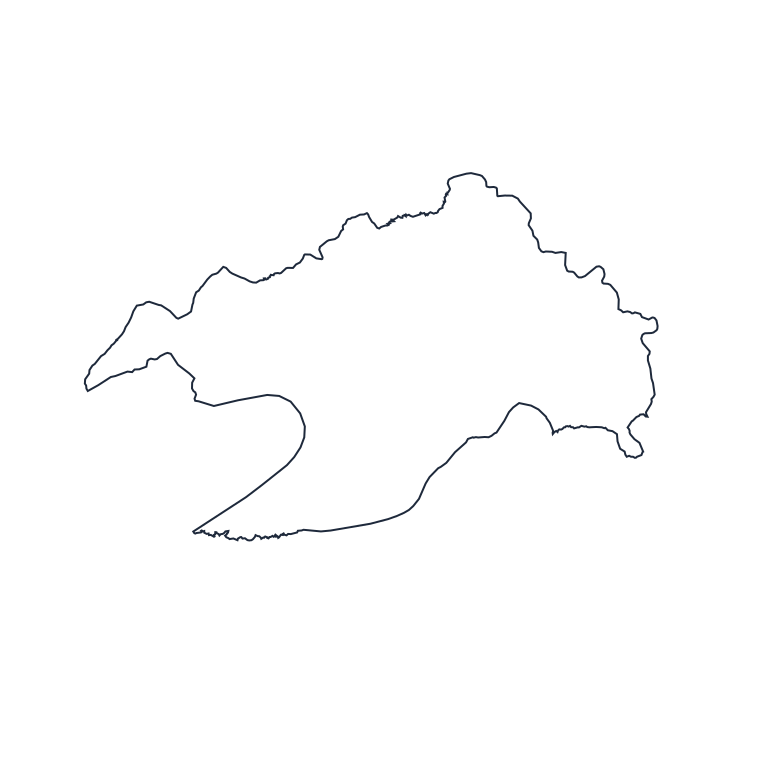 outline of Kasy, Vientiane, Laos, rotated 33°
{"feature_id": "54806243B33776683357165", "entity_name": "Kasy", "entity_type": "district", "adm_level": 2, "iso_a3": "LAO", "parent_name": "Laos", "parent_adm1": "Vientiane", "projection": "mercator", "projection_center": [102.146, 19.097], "detail": "fine", "context": "isolated", "style": "outline", "palette": "slate", "viewbox_px": 768, "rotation_deg": 33, "n_neighbors": 0, "source": "geoboundaries", "source_scale": "gbopen_adm2", "svg_char_len": 6165}
<svg xmlns="http://www.w3.org/2000/svg" viewBox="0 0 768 768"><g transform="rotate(33 384 384)"><path d="M419.0,536.0L448.7,508.6L461.0,495.1L466.6,487.8L470.9,481.2L473.5,476.1L475.0,470.4L475.9,461.3L473.1,444.7L472.9,437.2L475.3,425.1L476.7,422.7L479.2,416.2L480.7,402.5L484.6,388.3L484.3,384.4L487.5,380.3L488.4,380.2L490.0,378.5L492.1,377.6L497.3,373.6L500.7,371.7L502.4,368.9L503.6,365.2L504.8,363.5L505.0,349.4L504.1,339.5L505.1,333.3L507.7,326.4L519.1,322.0L527.4,321.2L537.8,323.2L539.0,324.2L544.2,326.2L551.4,331.2L552.0,333.1L552.8,334.0L553.1,331.5L554.0,329.6L555.7,329.8L555.3,328.2L555.7,326.6L557.3,325.8L558.1,324.6L558.5,322.4L559.5,321.6L559.5,320.6L560.8,319.4L562.1,319.1L562.8,317.8L564.4,318.3L566.1,317.3L567.6,317.7L570.2,314.7L571.1,314.3L572.3,311.6L575.3,310.6L576.7,309.3L577.9,309.4L579.8,308.5L585.3,304.5L590.2,301.7L592.8,301.1L593.6,300.1L596.9,300.9L601.3,299.1L606.7,299.2L611.1,304.9L617.3,309.7L622.6,309.6L624.9,311.8L627.2,312.8L628.7,310.7L630.7,310.5L632.4,309.4L634.6,309.3L635.5,308.5L635.8,307.2L638.6,303.4L637.9,300.1L638.2,299.6L630.3,294.2L624.2,293.9L618.1,292.1L616.4,291.0L615.5,289.5L614.0,288.4L612.0,287.8L612.1,280.4L612.7,279.2L613.7,274.2L615.3,271.8L615.4,270.2L618.2,268.0L621.2,268.7L622.8,267.9L620.3,266.4L619.1,265.0L618.8,255.3L618.1,252.9L616.5,251.1L617.0,248.0L616.8,245.5L609.1,236.7L605.3,233.7L599.0,226.0L592.5,220.5L590.1,216.8L590.2,214.1L589.1,211.9L578.7,208.8L575.0,205.9L574.0,202.3L574.4,200.7L575.3,199.3L580.4,195.7L581.9,194.1L583.3,190.5L583.2,188.9L581.9,186.4L577.9,182.3L575.0,181.3L573.7,181.6L572.8,182.1L570.8,185.8L563.9,187.4L560.8,185.6L555.4,187.3L554.7,188.7L553.6,189.7L551.2,189.6L548.6,190.5L545.5,193.6L542.7,193.1L539.8,193.5L534.8,185.2L529.5,180.5L519.8,177.6L517.3,178.0L513.4,180.2L512.0,180.1L510.6,178.6L510.2,174.0L509.1,171.7L505.5,168.3L501.9,167.8L500.3,168.1L498.3,169.9L493.8,184.0L491.6,187.0L489.4,188.5L487.6,188.5L482.8,187.0L481.1,187.1L477.6,189.1L475.9,189.2L471.1,185.6L465.0,175.1L460.8,176.8L456.4,180.7L452.9,181.6L447.6,184.7L445.9,186.6L443.7,187.0L439.8,185.5L436.2,181.3L433.8,179.4L428.6,178.3L425.0,174.6L418.8,172.0L417.9,170.3L417.0,165.1L414.1,161.0L398.6,157.0L395.3,155.6L389.0,156.2L382.6,160.2L377.2,164.5L376.5,164.4L372.1,158.5L370.9,158.3L368.7,159.0L365.2,161.6L362.9,162.4L362.0,162.1L359.7,159.0L357.3,157.5L352.9,156.2L350.7,156.6L342.2,159.7L338.6,162.7L329.9,172.3L327.3,176.7L327.2,178.3L328.3,181.2L333.0,184.4L333.4,185.4L333.4,188.3L332.8,188.9L333.9,190.4L332.5,190.7L332.6,191.4L333.6,192.5L333.2,194.6L336.1,197.7L336.0,198.2L334.8,198.6L336.0,200.0L336.1,202.8L337.2,204.4L335.3,207.1L335.1,209.4L335.5,210.7L334.8,212.1L334.0,212.5L333.0,214.0L329.3,214.7L328.4,217.1L328.6,218.0L327.8,218.1L328.0,218.9L326.9,218.9L326.9,219.8L324.6,218.7L323.1,220.3L321.4,220.3L321.3,221.1L322.0,222.0L317.2,228.0L314.7,228.6L312.7,228.5L311.3,230.4L310.2,230.0L310.3,230.7L309.7,230.9L310.4,231.5L309.1,231.5L308.1,232.8L308.9,234.6L307.4,235.4L304.3,235.5L304.5,237.1L303.0,240.1L302.3,241.2L300.5,242.1L300.7,242.5L302.7,241.9L303.7,242.1L300.3,244.8L300.3,246.0L301.3,246.1L299.9,247.5L301.2,247.6L301.3,248.1L300.3,248.6L300.5,249.2L298.8,250.4L296.0,253.9L295.3,256.2L293.2,256.7L288.4,254.7L285.7,254.6L280.6,252.1L278.3,250.4L276.6,250.0L274.9,252.7L271.6,255.1L268.9,259.8L266.5,261.9L265.7,263.9L264.2,265.0L263.7,266.9L264.4,270.4L263.3,273.1L263.7,274.5L265.5,276.6L264.7,279.0L265.5,285.4L263.9,289.2L259.3,293.6L258.3,295.5L255.6,303.9L256.6,306.7L263.5,311.2L264.1,312.7L263.7,313.3L258.8,315.5L251.7,315.6L247.1,318.4L246.8,319.2L247.6,323.0L247.3,327.9L245.1,331.6L244.5,336.2L239.9,339.1L238.9,340.2L237.2,346.9L236.3,348.1L234.6,348.7L232.4,350.5L231.9,351.5L232.2,352.9L229.6,354.1L229.9,354.8L229.5,355.8L230.1,356.6L229.0,358.0L229.4,358.8L228.4,360.4L227.2,360.8L226.8,360.1L225.7,360.9L226.7,361.9L226.3,362.6L223.6,364.6L221.6,368.6L218.8,370.2L215.4,371.1L209.6,371.5L206.1,372.5L196.7,374.0L193.6,374.0L188.4,372.6L185.4,373.3L184.1,381.0L183.3,382.7L180.5,385.9L179.7,388.5L178.9,392.6L178.4,400.7L177.8,402.6L177.8,406.5L176.5,409.4L177.9,416.0L179.8,419.9L180.1,421.7L182.7,428.3L181.0,432.7L175.8,441.3L173.8,441.6L164.8,439.4L154.3,439.4L152.0,440.4L142.3,442.9L140.1,445.0L138.8,448.4L134.0,452.9L134.2,459.6L135.7,465.9L136.4,471.7L136.3,477.0L137.2,481.4L137.2,485.1L136.1,491.6L136.3,492.2L135.7,492.2L135.4,493.0L135.8,493.9L135.4,497.4L134.4,500.0L134.5,502.7L133.7,506.3L133.3,510.9L131.5,514.7L130.5,524.7L129.4,527.4L129.4,532.7L131.1,535.9L130.8,542.8L132.9,546.6L135.0,547.5L136.9,549.9L139.4,551.2L145.0,540.6L151.1,526.9L154.4,523.6L162.1,513.3L166.3,511.2L166.9,507.7L170.7,505.0L175.3,498.9L173.0,493.2L173.7,491.1L174.7,489.7L178.3,488.3L180.0,486.7L181.2,482.4L184.0,477.6L185.5,475.8L188.8,474.8L200.8,480.1L214.9,481.2L221.9,482.5L222.4,487.4L225.4,492.3L228.1,493.7L230.3,493.8L232.2,495.3L233.1,499.5L234.8,500.9L237.9,499.5L253.3,495.1L270.4,477.2L292.0,456.8L302.6,451.1L315.3,449.6L329.7,454.3L340.7,462.7L346.2,472.2L348.5,482.7L348.5,494.2L346.8,504.9L336.7,535.1L329.9,554.1L304.4,611.6L306.2,612.4L307.2,612.2L307.9,611.1L311.4,608.1L311.8,607.0L310.6,606.7L310.9,606.1L312.4,606.2L313.3,605.2L314.3,606.6L316.9,606.3L318.3,604.9L319.5,606.1L320.9,604.9L324.6,604.7L324.9,604.1L323.6,603.1L324.2,602.0L323.2,600.1L324.3,599.6L325.1,600.2L327.1,599.9L328.5,600.7L328.8,599.0L330.5,597.4L331.1,595.9L331.3,594.0L333.5,592.0L334.1,593.6L333.7,595.0L334.0,595.8L333.3,597.7L335.2,598.4L337.7,598.0L338.9,598.2L341.8,595.6L346.2,594.8L345.7,593.2L346.9,590.7L347.7,590.1L349.5,590.7L351.4,589.1L354.5,589.3L356.2,588.6L357.9,587.2L358.6,585.6L359.0,582.5L358.6,580.7L360.8,580.4L362.4,579.6L364.4,580.0L365.4,580.7L366.4,578.4L367.1,578.3L367.4,576.6L369.7,576.1L370.0,576.7L371.2,576.4L371.4,574.6L372.2,574.1L373.2,572.1L374.6,572.3L374.9,571.8L375.0,569.5L375.7,569.6L376.0,571.1L376.5,571.0L376.3,569.7L377.9,569.7L379.1,570.7L379.5,569.8L379.6,566.6L381.0,565.9L380.5,565.5L381.2,564.0L382.5,564.7L384.7,564.0L385.2,562.0L387.6,560.6L392.0,555.8L391.7,554.0L394.7,551.7L395.9,550.1L411.4,542.0L419.0,536.0Z" fill="none" stroke="#1e293b" stroke-width="2"/></g></svg>